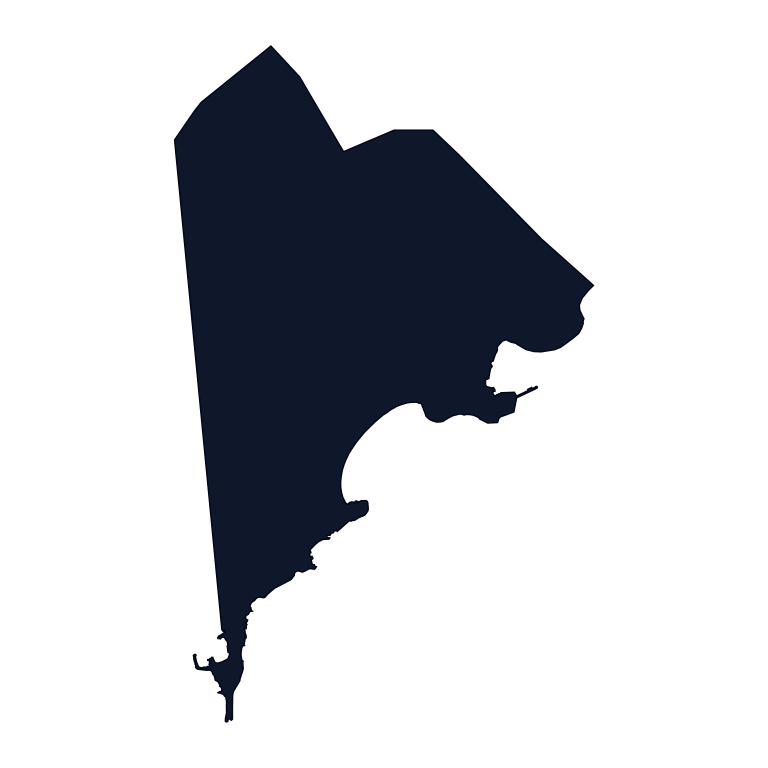 the district of Municipality CH, Montevideo, Uruguay
{"feature_id": "84410073B90107892201288", "entity_name": "Municipality CH", "entity_type": "district", "adm_level": 2, "iso_a3": "URY", "parent_name": "Uruguay", "parent_adm1": "Montevideo", "projection": "albers", "projection_center": [-56.149, -34.909], "detail": "fine", "context": "isolated", "style": "filled", "palette": "ink", "viewbox_px": 768, "rotation_deg": 0, "n_neighbors": 0, "source": "geoboundaries", "source_scale": "gbopen_adm2", "svg_char_len": 5312}
<svg xmlns="http://www.w3.org/2000/svg" viewBox="0 0 768 768"><path d="M270.9,46.1L201.3,102.3L194.6,110.8L174.6,139.9L198.3,385.6L221.9,629.6L223.2,631.5L224.5,630.7L224.4,631.2L224.7,631.7L224.9,632.0L225.4,632.2L219.8,635.6L219.0,635.9L218.3,636.8L217.7,637.7L218.0,638.5L220.6,638.8L221.4,637.4L222.7,637.0L224.8,637.6L225.0,638.5L227.5,642.0L227.8,645.2L227.2,646.3L227.5,647.5L228.0,652.2L229.5,653.0L229.7,654.2L228.0,658.8L222.5,661.8L217.2,663.3L214.9,662.4L212.9,658.2L212.8,657.4L211.7,657.4L211.6,658.2L210.7,658.3L209.6,658.9L209.2,659.6L207.8,659.6L207.8,660.4L209.1,660.5L209.7,661.6L209.5,663.2L209.1,664.6L209.6,665.3L209.5,666.7L207.2,666.6L207.2,667.2L203.7,667.2L202.4,667.8L201.8,667.9L200.5,667.7L199.6,667.4L198.9,667.0L197.7,665.2L197.4,664.0L196.8,662.9L196.4,661.4L196.0,660.1L196.0,659.1L195.4,657.6L195.6,656.2L196.0,655.2L195.6,654.6L194.8,654.3L194.0,654.8L193.4,655.6L193.8,657.0L193.8,659.0L194.3,660.1L194.2,661.1L194.8,662.2L194.9,662.9L195.3,663.3L195.1,664.3L195.7,665.1L195.8,665.8L195.6,667.3L196.5,668.3L197.4,669.1L203.4,669.9L206.6,670.2L208.9,670.2L209.9,669.9L211.6,671.1L212.4,672.4L212.7,673.9L214.2,675.6L214.9,678.0L215.3,680.2L217.9,681.5L220.2,685.5L219.7,686.0L219.8,686.4L220.4,686.6L220.9,686.9L221.9,689.0L221.8,690.3L221.5,691.0L220.9,691.6L219.6,691.7L218.9,692.1L218.0,692.7L218.4,693.0L219.5,692.8L220.2,693.2L220.7,692.7L221.7,693.8L223.0,694.1L223.9,694.9L224.6,696.2L225.5,696.6L226.0,697.6L226.6,701.9L226.5,706.0L226.6,712.8L225.5,718.5L225.4,721.3L226.3,721.9L227.0,721.8L227.8,721.2L228.2,718.9L230.3,719.0L230.6,719.7L231.3,720.2L232.4,719.2L232.4,707.9L232.6,694.8L233.5,691.4L235.5,687.8L238.1,683.6L239.8,680.7L240.0,678.9L242.9,670.0L243.0,668.9L243.2,668.6L242.7,662.0L243.1,661.3L241.8,660.2L241.1,656.3L241.0,652.9L241.6,648.3L242.5,646.3L243.4,645.6L244.5,645.5L244.0,643.8L244.4,643.0L244.3,642.3L244.4,641.8L244.8,641.2L244.7,640.2L245.1,638.8L245.6,638.4L245.2,637.6L246.1,637.5L246.2,636.1L245.7,634.7L245.0,632.5L245.1,631.5L244.6,630.1L245.0,628.6L246.0,628.7L246.4,627.2L245.9,625.9L246.9,624.7L245.9,622.9L247.1,621.5L247.6,620.0L246.2,619.4L245.8,618.3L245.3,618.0L246.0,615.7L248.4,614.2L248.9,613.2L249.2,612.2L250.1,611.4L252.2,611.1L251.3,610.2L250.7,607.6L249.8,606.2L250.5,604.3L251.8,602.2L253.2,601.3L254.4,600.6L255.9,598.7L257.4,597.5L260.0,597.0L261.6,597.4L263.8,597.7L265.1,597.1L267.5,594.2L271.0,591.2L274.5,588.2L291.1,579.5L294.2,575.4L294.6,573.0L295.4,571.8L297.7,570.9L299.7,571.2L302.4,572.1L304.7,571.1L307.4,569.7L309.0,568.7L311.2,568.7L314.4,569.2L315.6,568.1L316.3,566.8L314.6,566.1L314.3,564.7L312.7,564.6L312.0,563.7L311.2,559.8L312.9,558.6L312.0,556.4L310.8,556.9L310.2,556.5L309.4,554.2L311.0,552.2L309.9,551.0L310.4,549.6L311.2,548.5L315.6,544.1L317.3,542.7L318.6,541.6L323.0,539.4L326.8,539.2L329.0,539.1L329.8,538.0L326.8,537.3L326.7,536.7L326.8,536.1L327.2,535.5L327.7,535.3L328.9,535.2L330.1,535.3L330.4,534.4L331.0,533.9L331.3,533.0L332.3,533.0L333.5,532.6L333.8,531.5L333.8,530.3L334.4,530.6L335.3,530.8L336.3,530.3L337.2,531.4L349.9,520.2L351.0,521.2L352.0,520.6L354.7,520.2L359.0,517.5L364.6,515.2L366.5,513.0L367.0,512.0L367.7,511.2L368.2,509.4L368.1,506.4L367.9,505.2L367.8,502.8L367.0,501.2L366.1,500.7L365.2,500.6L362.5,500.9L361.1,500.7L360.5,501.3L359.1,501.7L358.2,502.5L357.8,501.6L356.7,501.1L355.7,501.1L355.0,501.7L354.5,502.7L352.8,502.1L351.8,501.9L350.0,502.5L349.4,502.6L348.5,504.1L347.4,504.0L346.3,503.6L345.4,502.7L342.8,497.4L341.5,492.6L340.7,487.5L340.6,482.3L341.1,476.9L342.2,470.4L344.1,464.2L346.2,459.1L348.8,453.7L351.7,449.0L355.7,443.0L359.5,438.2L364.3,432.4L368.9,427.8L374.5,422.3L383.0,415.0L386.4,412.9L391.2,409.4L396.8,406.3L401.5,404.5L404.7,403.5L407.4,402.8L410.2,402.4L413.3,402.2L415.3,402.1L417.2,402.3L418.5,402.9L418.8,403.2L420.4,403.1L421.6,404.2L422.3,405.4L422.3,406.5L423.2,407.9L423.5,409.2L425.3,413.7L426.0,416.1L427.8,418.0L430.1,419.7L433.0,421.0L436.5,422.0L439.5,421.9L442.7,421.5L448.6,417.8L452.8,415.7L459.6,414.0L462.3,414.2L464.0,415.0L466.5,414.4L469.2,414.5L472.3,414.9L475.2,415.9L477.8,417.1L479.0,417.9L479.6,418.9L487.8,423.0L493.6,422.7L497.6,422.5L497.9,421.4L499.0,418.2L500.5,416.8L513.8,412.0L516.6,397.8L536.7,388.3L537.1,387.9L537.3,387.5L537.1,386.7L536.3,386.4L535.7,386.7L535.0,387.3L532.1,388.7L531.6,387.5L527.8,389.4L528.3,390.5L518.2,395.3L516.6,396.2L514.4,392.3L500.9,392.8L500.9,393.9L498.6,393.9L498.1,394.6L496.5,394.9L495.7,396.1L493.7,395.1L492.7,393.5L493.1,391.7L495.0,391.1L494.9,389.8L493.5,387.6L492.1,388.0L488.4,387.1L486.6,386.6L485.5,384.8L485.5,381.1L485.7,379.3L487.1,379.2L488.8,378.5L489.2,375.4L489.8,372.1L490.6,368.4L492.0,366.7L492.1,366.0L491.0,364.3L490.8,363.7L490.8,362.9L491.6,361.5L493.1,361.0L495.5,353.8L496.5,352.4L497.3,350.4L497.3,347.0L498.5,345.3L500.2,343.4L501.8,341.6L503.2,340.7L506.5,339.6L507.2,340.2L507.8,340.6L510.1,341.7L511.3,342.2L515.8,343.2L517.1,344.3L526.1,349.5L533.9,351.5L541.0,351.8L548.0,350.7L554.8,349.6L560.6,347.2L565.6,343.7L573.1,338.1L578.8,333.2L581.5,328.3L583.1,323.8L583.1,321.0L583.9,318.8L582.3,315.7L581.5,314.0L579.9,310.5L579.7,309.8L579.3,305.0L582.1,298.1L588.3,290.5L593.4,285.4L541.1,238.7L459.6,155.6L432.9,130.2L394.1,130.2L343.5,151.7L311.8,97.8L299.6,76.9L270.9,46.1Z" fill="#0f172a" stroke="#020617" stroke-width="1.5"/></svg>